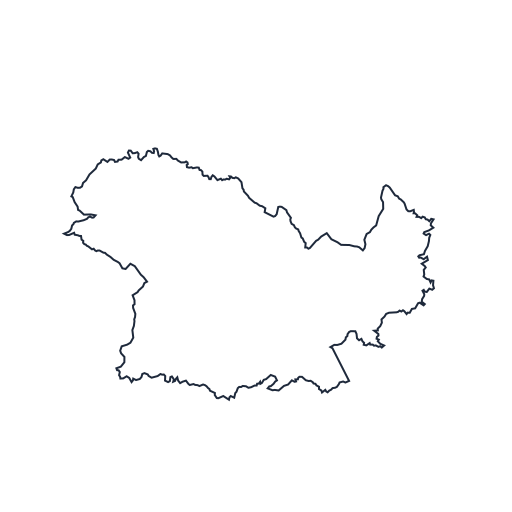 outline of Santiago, Rio Grande do Sul, Brazil, rotated 334°
{"feature_id": "56859067B44977778999111", "entity_name": "Santiago", "entity_type": "district", "adm_level": 2, "iso_a3": "BRA", "parent_name": "Brazil", "parent_adm1": "Rio Grande do Sul", "projection": "orthographic", "projection_center": [-54.765, -29.102], "detail": "fine", "context": "isolated", "style": "outline", "palette": "slate", "viewbox_px": 512, "rotation_deg": 334, "n_neighbors": 0, "source": "geoboundaries", "source_scale": "gbopen_adm2", "svg_char_len": 6128}
<svg xmlns="http://www.w3.org/2000/svg" viewBox="0 0 512 512"><g transform="rotate(334 256 256)"><path d="M158.9,102.3L157.6,103.9L153.9,104.3L150.3,107.2L142.1,109.7L136.4,113.5L132.6,114.5L130.1,117.2L127.8,117.5L125.7,116.6L123.9,114.9L121.5,116.2L119.6,118.8L116.2,121.5L117.1,122.7L116.6,128.1L117.3,133.4L116.3,136.6L117.4,137.9L119.5,143.4L125.7,146.2L129.6,149.1L126.9,150.2L125.5,149.7L124.1,147.8L122.2,147.7L120.4,148.5L116.8,148.3L111.3,147.1L109.6,146.1L106.8,146.4L105.8,147.4L104.1,147.9L101.9,150.6L99.6,151.8L97.6,152.1L93.3,151.8L95.2,154.3L97.2,155.2L102.7,155.4L102.4,157.4L105.0,159.3L106.0,160.5L107.5,161.3L106.4,164.8L107.4,166.7L106.4,168.3L106.9,170.1L108.0,171.1L108.4,172.6L109.5,173.9L111.5,178.1L113.3,178.3L113.8,180.5L114.7,181.7L116.2,181.7L117.8,182.5L120.3,186.1L121.7,187.0L122.5,189.3L124.8,193.1L126.4,197.0L129.2,200.8L130.2,202.7L130.5,208.5L133.1,210.5L139.7,207.9L142.6,212.0L144.3,222.3L145.7,225.8L146.8,231.3L143.8,231.4L141.0,233.9L135.5,235.5L133.7,236.6L127.9,237.2L127.4,242.5L125.7,246.1L123.8,246.5L122.8,248.8L122.2,255.1L120.5,257.9L118.8,259.5L118.2,261.3L115.6,265.3L112.4,268.4L109.9,275.6L105.1,278.9L101.3,279.2L95.7,278.3L92.4,281.6L92.1,284.4L93.5,289.0L91.1,293.8L86.0,296.2L81.3,295.7L81.1,297.7L82.4,298.5L82.7,300.6L80.7,303.1L80.9,305.0L80.4,306.7L83.0,307.8L87.0,307.4L88.6,310.0L88.9,314.8L90.9,313.8L91.9,312.4L93.8,314.9L97.6,315.6L100.0,314.6L102.1,312.2L104.4,312.4L106.8,315.0L106.9,316.7L108.8,319.6L115.0,320.8L118.4,320.2L119.6,321.5L121.2,322.1L121.8,324.1L119.6,328.1L121.7,330.8L123.7,330.7L126.0,327.3L127.6,327.4L128.1,330.9L126.5,332.7L128.5,332.8L130.4,331.2L132.1,330.5L131.4,333.8L132.1,337.0L134.9,336.8L138.4,337.3L139.2,341.4L139.9,342.9L143.7,343.7L144.8,345.2L146.8,346.4L148.2,348.1L152.1,348.3L153.6,349.8L154.5,351.5L155.0,353.6L155.8,355.1L155.6,356.9L159.0,361.1L158.0,362.9L158.5,366.5L159.8,367.3L165.2,367.5L168.7,373.3L170.2,371.4L171.9,370.8L174.3,373.8L177.3,370.1L178.9,369.5L181.7,366.8L183.5,366.3L185.2,367.2L187.1,367.0L189.9,368.7L191.4,371.1L194.1,371.8L197.9,371.8L199.8,372.7L201.0,371.3L202.6,371.9L204.5,370.9L204.0,372.8L205.6,372.7L208.7,370.7L211.1,371.1L217.1,369.4L220.3,372.8L220.3,377.0L218.3,377.2L215.7,378.6L212.2,379.5L210.8,379.0L208.5,380.1L212.0,383.9L214.2,384.6L217.4,386.8L224.2,385.0L228.5,385.6L233.7,383.5L235.6,386.0L237.0,386.3L237.3,384.2L239.6,385.2L240.5,384.0L242.1,383.6L244.4,384.8L246.3,389.5L248.6,391.5L250.4,392.1L251.7,394.3L251.8,395.8L253.4,396.9L253.6,398.8L255.3,401.1L254.3,403.2L255.8,405.5L255.5,407.6L259.6,406.7L259.7,408.5L260.6,409.9L262.8,409.1L264.9,409.1L266.9,408.3L269.4,409.1L271.3,409.1L274.3,407.5L275.7,406.3L279.3,407.0L280.9,408.9L284.9,409.1L284.3,372.4L283.0,370.5L287.4,370.2L290.1,371.6L294.3,372.3L299.7,370.4L301.1,368.5L303.0,368.0L304.0,366.4L306.4,365.1L308.2,365.1L312.3,367.2L312.2,370.1L310.7,374.3L311.7,376.9L314.4,376.7L314.3,379.4L315.1,381.4L313.9,383.0L316.0,384.7L320.0,384.1L319.8,385.7L322.1,386.8L322.7,388.3L324.5,388.9L326.2,391.3L328.1,391.6L328.9,393.4L331.9,392.6L329.2,389.4L328.1,386.0L329.7,385.0L328.1,383.2L329.2,381.7L331.2,381.2L331.8,379.7L329.5,375.0L332.9,376.3L333.6,374.6L336.9,373.5L339.9,371.1L341.0,368.0L344.9,366.8L347.6,365.1L350.7,365.3L357.6,368.2L359.3,368.5L361.1,368.0L362.3,369.6L364.3,369.2L365.1,370.6L365.9,374.2L367.4,373.4L369.3,374.4L372.9,371.9L376.1,372.8L381.0,369.5L382.6,369.7L385.0,373.8L386.6,373.2L384.9,369.7L386.5,367.5L389.6,365.6L390.5,364.1L390.4,360.2L391.9,360.0L392.0,361.9L393.7,363.2L397.5,361.3L399.6,363.6L401.8,363.0L402.3,359.9L404.6,356.0L403.1,354.9L401.3,356.3L401.4,353.0L399.4,351.5L397.6,347.9L399.1,346.4L400.7,342.0L403.5,340.7L403.3,339.1L401.6,335.6L408.7,335.0L409.4,331.6L405.3,332.4L403.3,329.5L401.9,329.1L401.7,327.5L403.3,327.0L407.7,328.0L410.1,325.5L414.6,322.5L417.9,318.5L419.7,315.5L421.9,313.5L421.3,311.8L418.0,311.8L416.5,309.3L417.7,308.3L422.6,308.8L427.8,308.3L426.5,305.0L427.6,303.3L431.6,300.9L429.8,299.4L427.0,300.7L426.2,298.5L424.7,297.4L424.6,295.3L423.0,293.7L421.1,294.4L419.8,292.4L417.5,291.2L418.8,290.1L417.7,287.4L416.4,286.7L417.3,285.7L418.0,283.7L414.2,283.4L412.5,282.5L411.7,280.1L412.5,274.1L412.4,272.6L410.9,268.6L409.8,267.2L409.6,264.5L407.6,262.4L406.2,253.1L405.4,251.2L403.9,249.4L400.7,250.0L400.0,251.5L398.3,252.8L394.0,258.2L393.5,259.8L393.8,263.3L391.0,269.4L383.8,273.9L377.4,281.2L374.2,281.8L371.2,282.9L368.8,284.5L365.1,284.7L360.5,288.9L359.5,293.4L357.1,296.5L354.5,297.8L352.6,293.4L351.0,291.8L348.6,290.4L344.8,287.1L337.4,283.3L335.3,279.4L331.1,274.0L329.6,266.5L323.1,267.1L319.0,268.6L316.7,268.7L308.0,272.4L306.3,272.4L305.5,270.7L304.0,269.9L306.3,266.2L305.5,264.4L305.7,260.7L304.9,259.3L305.6,254.9L305.3,252.1L305.6,250.6L304.1,248.9L303.5,247.2L303.6,244.9L302.1,242.7L302.3,239.8L302.9,238.1L304.1,237.0L303.0,230.4L303.4,228.1L300.6,223.1L299.1,222.1L297.5,221.7L292.9,227.5L290.7,228.5L289.0,228.3L283.0,220.4L285.3,217.2L283.3,213.9L281.4,212.4L279.6,208.8L278.2,207.5L275.3,200.7L275.2,198.4L273.4,192.7L273.9,191.0L273.5,189.2L275.3,183.3L274.0,178.5L272.3,176.4L270.7,176.6L269.1,175.5L268.4,173.6L267.1,172.8L267.2,174.4L265.4,175.3L263.5,173.7L261.7,173.8L260.5,173.0L258.8,173.0L258.3,171.1L254.6,170.9L253.5,166.3L252.5,164.5L250.6,165.4L249.0,167.1L247.7,166.4L247.9,164.5L247.6,162.6L244.1,161.1L243.6,159.5L244.8,156.6L244.2,154.7L243.0,153.9L243.3,151.5L241.7,150.5L237.7,149.4L237.0,148.0L234.6,147.3L232.9,145.9L233.6,143.8L235.0,143.5L235.4,141.9L234.6,140.4L233.1,140.6L229.7,139.1L227.6,135.9L227.0,133.8L224.2,132.5L223.3,130.3L222.8,127.9L221.3,125.7L216.7,122.7L214.2,124.0L212.7,124.1L212.6,122.5L213.5,119.4L213.9,116.2L212.4,115.0L210.7,114.7L210.3,117.2L209.2,118.6L207.7,117.6L207.0,115.6L205.2,114.2L203.5,114.7L200.9,117.8L198.6,117.9L194.7,119.5L193.3,117.2L193.4,115.4L195.3,112.6L194.8,110.7L192.2,110.4L190.2,109.6L189.6,106.4L188.0,105.5L186.2,106.9L186.1,112.4L184.0,112.7L181.5,109.6L177.4,110.5L174.6,109.2L173.0,110.4L170.5,109.6L170.5,107.5L168.6,106.0L166.9,105.2L163.7,106.3L161.2,102.1L158.9,102.3Z" fill="none" stroke="#1e293b" stroke-width="2"/></g></svg>